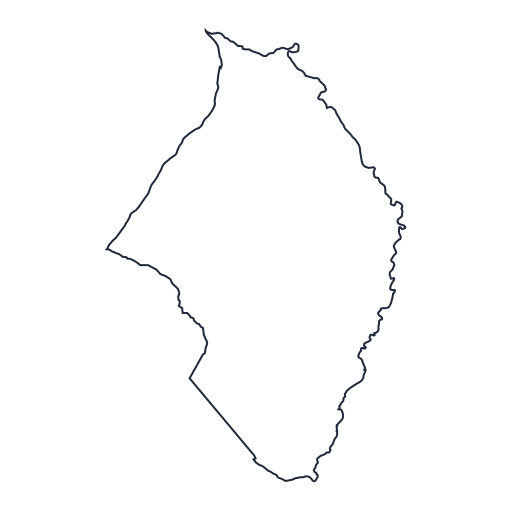 the district of Chitaraque, Boyacá, Colombia
{"feature_id": "7082276B54324378938324", "entity_name": "Chitaraque", "entity_type": "district", "adm_level": 2, "iso_a3": "COL", "parent_name": "Colombia", "parent_adm1": "Boyacá", "projection": "albers", "projection_center": [-73.416, 5.984], "detail": "fine", "context": "isolated", "style": "outline", "palette": "slate", "viewbox_px": 512, "rotation_deg": 0, "n_neighbors": 0, "source": "geoboundaries", "source_scale": "gbopen_adm2", "svg_char_len": 6007}
<svg xmlns="http://www.w3.org/2000/svg" viewBox="0 0 512 512"><path d="M324.9,86.3L324.3,85.4L319.5,80.7L319.2,79.5L317.3,78.1L315.3,78.1L314.7,78.3L305.5,75.7L304.4,73.4L303.1,71.8L301.7,70.7L298.1,69.2L297.1,68.1L295.1,65.6L294.4,64.3L291.5,60.7L290.5,58.5L289.2,57.4L288.2,56.1L287.8,54.7L287.8,53.1L288.1,52.2L288.6,51.3L289.6,51.1L292.1,52.2L293.0,52.3L295.7,52.0L298.0,51.1L298.3,50.4L298.7,45.7L298.3,45.0L297.4,44.3L296.1,43.7L295.3,43.7L294.5,44.3L293.0,46.8L292.2,47.4L289.6,48.6L287.7,49.1L286.4,49.0L284.1,48.0L282.0,47.8L278.6,49.1L277.0,49.4L275.9,49.9L274.2,52.2L273.6,52.7L272.7,53.1L270.8,53.2L269.4,53.5L266.1,56.0L264.8,56.1L263.3,55.9L258.7,53.3L251.7,51.0L249.5,49.5L245.1,49.3L243.4,49.0L242.7,48.7L242.6,46.6L241.7,46.2L238.1,46.0L233.2,41.8L232.2,41.5L230.8,41.5L227.3,38.3L225.3,38.0L221.5,33.8L217.7,32.7L215.9,33.4L214.3,33.3L212.1,33.9L207.0,32.0L205.8,30.7L205.9,31.4L207.6,33.9L211.2,37.3L213.8,40.1L215.8,42.5L217.7,45.8L218.5,48.6L219.6,56.0L219.5,56.3L221.1,59.5L221.9,64.5L220.9,67.8L220.2,66.9L219.8,66.8L218.3,74.7L217.3,83.8L217.5,84.4L218.1,85.3L218.3,87.0L218.0,88.9L216.0,93.3L214.7,99.6L214.7,101.6L215.0,103.7L214.7,105.3L213.5,108.2L211.7,111.2L208.4,115.9L204.8,119.3L203.0,122.3L202.0,125.0L199.4,127.7L194.8,129.7L189.0,133.8L184.7,137.5L183.1,139.3L182.6,140.5L182.4,141.8L181.4,143.5L180.0,145.1L178.8,147.2L177.5,150.2L176.7,153.0L175.8,154.3L175.1,155.1L170.0,158.6L168.2,160.3L164.6,163.1L162.4,166.3L161.0,169.9L158.1,175.0L157.3,176.8L154.5,181.0L151.9,184.3L150.8,186.5L148.1,193.8L144.6,198.5L139.4,206.1L136.9,209.2L135.9,210.2L131.9,212.8L130.5,214.4L129.4,217.7L127.4,221.3L125.6,223.8L125.1,225.3L116.1,237.6L113.0,240.4L109.6,244.3L108.8,245.4L107.6,248.1L106.7,249.3L109.1,249.5L112.6,251.7L114.1,252.1L115.7,253.0L119.1,254.1L122.9,256.9L126.4,257.2L127.3,258.6L130.4,258.9L133.5,260.4L137.4,262.8L140.2,265.1L148.1,265.1L156.6,269.8L160.4,274.1L165.5,276.0L170.3,279.2L172.4,283.6L177.8,288.7L179.2,292.3L179.1,294.3L178.2,296.5L178.5,300.0L179.8,301.0L179.7,303.1L179.0,306.2L182.2,308.1L182.6,312.9L187.2,313.0L189.8,315.7L190.4,317.2L192.4,317.8L193.7,318.7L193.9,320.4L195.8,322.3L197.1,323.5L199.1,324.1L200.9,326.8L202.9,327.9L203.9,335.0L205.9,339.7L207.2,341.8L206.8,344.8L205.6,348.0L205.5,349.7L204.7,353.3L202.8,354.7L189.6,378.3L254.2,455.5L255.6,458.3L253.5,459.4L256.0,462.5L258.2,464.2L263.2,466.6L268.6,471.0L269.9,471.3L273.2,473.5L276.2,474.8L277.1,475.8L277.7,477.3L278.2,477.6L282.1,479.0L284.9,480.7L285.8,480.9L291.6,479.9L296.0,478.0L297.8,477.9L299.6,477.3L303.2,477.2L305.5,476.4L306.6,476.3L308.8,476.7L310.4,477.8L313.1,480.9L314.2,481.3L315.1,481.0L317.7,477.1L317.7,475.3L317.3,474.7L316.4,474.2L316.2,472.8L314.7,472.1L313.9,470.6L314.1,469.6L314.6,468.6L315.2,468.0L316.2,464.6L317.7,463.0L317.9,462.2L317.1,460.1L317.1,459.1L317.9,458.0L320.6,455.9L324.9,454.2L326.6,452.5L328.4,452.5L329.4,452.3L330.0,451.0L330.5,450.1L330.1,449.6L329.9,448.8L330.4,446.9L332.2,444.8L333.2,443.0L333.9,440.8L335.0,438.4L336.3,437.0L336.9,435.6L337.1,434.1L337.2,431.6L336.5,431.0L337.0,429.9L336.6,426.8L337.2,426.0L336.7,425.5L336.8,425.1L341.8,419.8L342.5,418.6L342.8,417.7L343.1,415.6L342.9,414.1L342.5,412.4L341.5,410.2L341.1,409.7L338.5,409.3L339.6,407.8L339.3,406.0L340.4,405.0L341.2,403.1L342.7,401.6L343.3,400.7L343.6,397.9L345.1,396.7L345.2,396.3L344.8,394.0L346.2,392.1L347.0,390.6L349.4,388.6L354.1,385.3L360.2,381.7L361.8,380.4L362.9,378.8L363.3,377.7L363.7,375.1L365.5,370.9L365.5,369.8L364.8,370.0L364.2,369.8L364.7,368.9L364.9,367.3L362.9,363.1L362.0,360.0L361.2,358.9L358.9,357.5L358.3,356.7L358.8,354.2L360.1,351.7L361.1,350.8L361.0,349.0L361.3,348.3L362.0,348.0L363.0,348.1L364.0,348.6L365.3,348.2L365.7,347.3L365.2,346.7L364.6,346.6L364.2,345.8L364.0,344.8L364.3,343.7L365.8,342.6L367.6,342.0L369.2,341.1L370.5,340.0L370.6,339.1L369.6,338.0L369.5,337.3L370.4,334.9L371.2,334.7L373.5,335.4L374.5,335.4L374.7,335.0L374.1,333.3L376.1,332.7L377.8,331.4L378.6,329.3L378.4,326.6L379.0,323.9L379.0,321.7L379.3,320.8L380.5,319.6L381.9,319.4L382.2,318.2L382.0,317.7L381.2,316.8L378.7,315.1L378.1,313.6L378.3,312.6L379.4,311.2L380.2,310.7L380.7,310.1L380.7,309.0L381.5,308.4L382.4,308.2L386.2,308.1L388.1,307.5L389.0,306.9L391.1,302.8L392.7,296.6L393.1,293.7L394.3,292.6L394.9,290.8L394.7,290.0L394.2,289.9L393.8,290.3L393.2,290.3L390.8,289.6L390.2,289.0L390.4,286.8L391.0,285.2L392.1,282.8L394.0,280.0L394.2,278.3L393.7,278.1L391.8,278.7L391.1,278.6L390.7,278.4L390.5,277.0L389.9,275.7L389.6,274.0L390.1,272.0L390.8,271.1L392.4,269.8L394.2,265.5L394.3,264.7L393.6,262.8L392.9,262.0L391.9,261.6L391.2,260.8L391.1,260.3L391.5,259.2L393.8,255.5L396.1,253.2L396.2,252.5L396.0,251.6L393.8,246.7L393.8,245.8L394.2,244.9L395.9,242.4L398.9,239.7L400.2,239.1L400.7,238.0L400.5,235.9L399.3,233.6L398.9,231.7L399.0,230.5L398.9,229.4L399.3,227.4L399.6,227.1L400.1,227.1L401.8,229.0L402.3,229.0L404.9,228.2L405.3,227.6L404.9,226.4L404.1,225.7L402.9,225.1L400.4,224.4L398.5,223.5L398.0,222.9L397.5,221.3L397.9,219.8L398.5,219.0L401.7,216.5L402.5,211.5L401.9,209.3L401.4,208.4L402.2,207.1L402.3,205.9L401.9,205.0L400.8,203.6L396.9,201.7L396.3,201.8L395.9,202.4L395.2,203.7L394.8,205.0L394.3,205.4L393.6,205.4L392.5,204.9L391.1,204.3L390.7,203.9L390.6,203.5L391.2,201.8L391.2,199.3L390.5,198.0L389.0,196.8L387.5,194.8L385.7,193.7L385.3,192.1L385.3,189.4L384.9,186.9L383.9,185.2L380.9,183.1L379.9,182.0L379.3,180.9L378.7,178.7L378.0,177.9L375.4,177.5L374.3,176.3L374.1,174.6L373.5,172.6L374.5,169.6L374.9,169.1L374.9,168.4L373.8,167.4L373.4,167.3L368.7,167.9L365.9,167.0L364.4,166.2L363.2,164.9L362.4,163.6L361.7,160.8L360.3,152.5L359.7,147.3L358.9,144.9L355.5,139.8L352.6,137.0L350.3,134.0L345.2,128.8L344.1,126.8L343.5,125.0L341.3,122.1L338.7,117.1L336.9,114.3L335.2,110.3L332.3,107.6L330.6,106.8L326.9,107.9L326.3,104.8L324.8,102.5L323.0,100.3L322.4,99.7L319.3,99.3L318.3,98.5L318.2,98.0L318.4,97.3L321.0,92.6L321.4,92.3L324.7,91.5L325.9,90.3L325.9,89.1L325.1,87.4L324.9,86.3Z" fill="none" stroke="#1e293b" stroke-width="2"/></svg>